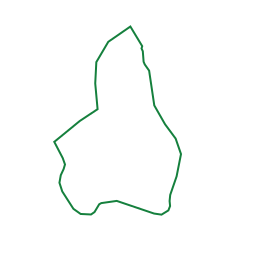 an SVG outline of Porto Novo, rotated 289°
{"feature_id": "CPV-5060", "entity_name": "Porto Novo", "entity_type": "state/province", "adm_level": 1, "iso_a3": "CPV", "parent_name": "Cabo Verde", "parent_adm1": "", "projection": "robinson", "projection_center": [-25.199, 17.027], "detail": "fine", "context": "isolated", "style": "outline", "palette": "green", "viewbox_px": 256, "rotation_deg": 289, "n_neighbors": 0, "source": "natural_earth", "source_scale": "10m", "svg_char_len": 598}
<svg xmlns="http://www.w3.org/2000/svg" viewBox="0 0 256 256"><g transform="rotate(289 128 128)"><path d="M224.7,97.2L210.0,114.8L207.6,114.9L205.4,117.0L195.7,121.2L193.5,123.2L189.1,129.3L157.9,145.5L143.6,161.8L133.5,176.5L120.6,186.6L98.1,189.7L78.5,189.7L72.5,191.1L67.9,193.2L63.2,193.0L57.0,187.9L55.6,180.5L55.4,141.1L48.3,127.2L46.5,125.6L37.6,123.7L34.2,121.2L31.3,111.2L33.8,102.7L46.6,86.5L53.9,81.0L61.5,79.8L68.2,80.5L73.0,80.3L78.3,76.1L90.9,62.8L118.9,80.1L135.9,93.1L159.5,82.5L180.0,76.6L203.1,81.3L217.5,91.9L224.7,97.2Z" fill="none" stroke="#15803d" stroke-width="2"/></g></svg>